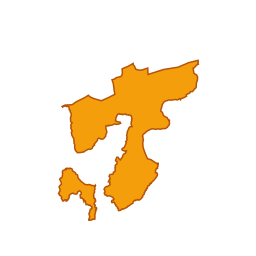 the district of Hahake, Vava'u, Tonga, rotated 47°
{"feature_id": "48082658B99932543232342", "entity_name": "Hahake", "entity_type": "district", "adm_level": 2, "iso_a3": "TON", "parent_name": "Tonga", "parent_adm1": "Vava'u", "projection": "robinson", "projection_center": [-173.925, -18.614], "detail": "fine", "context": "isolated", "style": "filled", "palette": "amber", "viewbox_px": 256, "rotation_deg": 47, "n_neighbors": 0, "source": "geoboundaries", "source_scale": "gbopen_adm2", "svg_char_len": 6033}
<svg xmlns="http://www.w3.org/2000/svg" viewBox="0 0 256 256"><g transform="rotate(47 128 128)"><path d="M68.2,161.6L68.2,160.6L69.0,159.0L70.7,158.0L71.0,157.2L72.8,157.0L74.5,158.5L75.9,158.3L76.6,159.2L79.1,159.8L80.3,161.3L81.2,163.0L84.0,165.4L85.2,165.6L86.1,165.3L86.4,167.0L87.2,168.3L88.2,168.6L89.0,169.8L92.3,171.1L92.6,172.5L95.1,174.0L99.2,175.1L100.2,176.1L101.0,176.5L102.0,177.7L103.6,178.2L106.7,180.9L108.8,181.8L111.6,181.8L113.4,179.7L115.5,176.4L115.5,175.1L116.5,171.2L117.9,170.1L118.4,168.6L118.3,167.5L117.6,166.7L117.6,164.0L116.8,163.9L116.3,159.2L115.4,157.7L115.5,156.2L118.0,155.2L119.2,153.3L118.8,149.9L117.6,148.6L116.9,146.7L115.9,145.8L113.7,144.7L112.0,143.4L111.4,142.4L112.9,141.3L112.7,140.4L113.6,139.9L115.2,137.2L115.7,135.1L117.6,133.9L118.8,132.1L119.5,130.1L118.2,129.8L116.5,131.3L114.2,132.2L113.7,131.3L113.0,130.9L111.8,128.7L110.9,126.0L111.5,125.2L111.8,124.4L112.4,124.5L113.3,123.7L113.8,122.8L114.4,123.0L116.2,120.1L116.9,120.3L117.4,120.1L118.4,118.9L119.0,118.8L119.5,118.0L120.9,117.4L121.4,117.7L121.9,117.5L124.3,119.1L124.5,119.9L125.2,120.3L125.7,121.3L127.2,123.1L129.7,124.1L128.5,125.7L128.6,127.4L129.2,128.4L130.4,131.4L131.2,131.9L132.3,133.9L134.1,134.9L134.8,136.1L135.9,136.7L136.2,137.5L136.4,139.0L137.3,139.0L138.3,140.8L139.7,143.8L139.2,145.4L139.3,146.9L140.4,147.3L142.7,146.1L143.6,144.8L144.6,146.9L144.2,148.8L144.4,150.3L145.4,151.8L146.1,155.6L144.3,155.6L142.9,155.2L142.2,155.5L141.8,156.1L143.1,159.2L144.0,159.4L144.6,158.9L145.2,158.9L146.8,160.8L146.5,162.0L146.8,163.1L147.9,163.7L148.0,164.4L150.9,166.8L150.4,168.9L150.7,169.0L151.5,170.2L151.3,170.8L149.8,172.8L149.9,173.8L150.5,174.9L151.7,175.0L152.8,175.6L153.0,176.7L153.5,176.7L153.7,178.7L153.9,179.1L155.5,178.2L156.0,179.2L157.3,179.9L156.8,183.0L156.1,183.6L155.8,185.1L156.2,186.7L156.7,187.5L157.4,187.4L159.1,188.4L159.4,189.8L161.4,190.4L161.9,189.7L162.8,189.9L163.8,189.5L164.0,188.8L165.2,187.7L166.3,187.1L168.4,186.5L170.5,186.8L170.7,188.0L170.1,188.6L170.0,189.3L170.8,190.4L171.3,190.7L172.2,190.0L172.4,189.0L173.1,188.7L174.6,189.4L175.4,189.1L176.4,189.9L178.9,189.7L179.2,190.2L180.7,190.2L181.3,191.1L182.2,191.1L182.9,190.0L183.2,189.0L183.1,187.3L184.0,187.0L185.3,183.0L185.3,182.3L185.0,182.0L185.1,181.3L185.5,181.0L185.9,177.3L186.4,175.9L185.6,174.8L185.4,173.9L185.5,172.4L186.0,172.2L185.8,171.8L186.1,171.3L186.7,170.8L186.9,170.2L186.8,169.8L187.3,169.5L187.7,169.6L188.3,169.0L188.7,167.6L188.4,164.5L188.0,163.8L187.6,163.8L187.3,162.0L187.4,161.0L186.4,160.2L186.3,158.9L185.6,158.4L185.9,157.1L185.1,156.4L185.0,155.2L185.3,155.2L185.2,154.7L184.6,154.2L184.0,152.9L184.1,152.1L184.6,151.6L183.6,149.6L184.2,149.6L184.3,148.8L183.8,147.0L183.9,145.1L183.4,141.5L182.7,139.0L182.3,138.3L181.3,137.7L180.3,137.5L179.5,138.4L178.6,137.7L177.3,135.8L177.0,134.5L177.6,134.0L176.8,133.2L176.5,132.3L175.8,131.6L175.0,131.4L175.2,130.6L174.4,130.0L172.6,131.5L166.8,132.8L163.8,134.7L159.8,133.3L154.4,131.1L151.8,129.7L148.3,126.7L147.7,125.4L144.4,123.0L143.8,123.1L143.1,121.3L143.3,118.5L143.2,116.6L144.3,112.5L145.3,110.6L148.1,108.4L149.1,106.6L150.5,105.6L151.3,104.7L152.1,102.9L153.2,102.0L154.0,100.8L154.3,98.6L154.0,97.6L154.0,96.5L153.6,95.4L152.4,94.0L151.6,93.7L150.9,92.6L150.2,92.4L149.9,93.0L147.0,92.3L145.9,92.9L143.3,93.5L141.9,93.1L140.5,92.4L139.5,92.2L138.3,92.6L137.4,91.9L136.3,90.3L135.7,88.9L134.4,87.3L133.5,84.0L133.8,82.2L134.9,80.3L135.3,79.0L136.0,78.3L137.0,77.6L139.4,74.0L141.3,72.6L141.6,70.3L143.2,70.3L142.7,69.2L143.7,67.2L144.7,63.6L143.4,62.7L144.5,58.9L144.0,57.5L145.2,56.3L145.3,54.5L144.8,53.3L145.0,51.9L144.8,50.6L144.0,49.5L142.7,48.4L141.6,47.0L140.2,44.4L138.2,42.4L136.1,41.6L132.9,42.5L128.6,39.5L129.1,38.4L128.8,34.9L129.3,33.0L128.1,32.7L127.9,31.8L126.3,30.6L121.6,39.1L117.7,49.9L109.4,62.2L102.5,76.8L97.6,72.7L95.3,77.9L94.0,79.7L91.9,81.4L90.2,82.2L87.2,81.1L85.3,81.0L84.3,80.2L83.0,85.7L80.7,91.9L84.3,94.9L85.5,97.4L85.4,98.2L83.1,102.5L83.0,104.6L81.8,106.8L85.4,108.4L91.1,112.5L94.4,114.6L92.5,121.3L89.9,128.9L83.4,132.8L79.8,134.4L77.0,134.7L76.5,138.0L73.4,148.5L73.1,151.8L72.5,153.5L68.3,158.4L67.3,161.5L68.2,161.6ZM163.8,206.2L162.5,205.7L162.4,204.8L161.7,204.5L160.5,204.8L159.9,204.2L159.8,203.0L159.3,202.3L159.5,201.9L159.4,201.4L157.9,201.1L157.8,200.4L156.7,200.4L155.9,200.8L155.0,199.8L154.8,199.9L153.4,198.5L152.8,198.2L152.6,197.7L152.3,196.4L151.8,195.8L150.7,195.2L150.3,193.9L148.4,192.6L148.4,191.8L147.9,191.0L147.5,190.9L147.7,191.5L147.2,192.2L145.3,193.6L143.1,194.7L142.5,195.3L142.2,196.2L140.6,197.3L140.2,197.9L135.0,198.7L130.5,198.6L127.9,196.9L126.2,197.6L125.2,197.1L123.9,197.2L121.6,197.8L120.0,196.9L118.9,197.2L117.7,197.9L117.7,198.7L116.9,199.1L116.3,199.8L116.0,200.8L116.1,201.4L115.8,201.3L115.7,200.7L116.0,200.2L115.6,200.2L115.2,201.5L115.6,202.4L115.3,203.4L114.7,204.4L115.3,206.0L117.0,207.1L118.8,209.4L119.2,210.6L118.6,211.5L118.8,212.9L122.1,213.9L123.7,215.0L123.6,216.5L123.9,218.4L126.9,219.9L128.0,221.0L127.9,222.0L128.6,222.6L128.4,223.3L130.5,223.9L131.9,223.4L133.6,223.9L133.9,224.7L136.6,225.4L137.2,225.3L137.5,224.5L137.2,223.8L137.9,222.6L138.5,222.2L139.1,223.1L139.5,222.7L139.7,221.5L139.1,220.9L139.4,219.9L138.5,218.1L137.7,217.7L137.2,216.8L137.3,214.4L137.9,212.8L139.2,212.4L141.0,211.1L141.3,210.0L140.5,208.4L140.8,206.4L141.6,206.1L143.1,206.1L144.4,207.2L144.3,208.7L146.6,210.4L147.2,210.3L147.2,209.6L150.1,209.1L150.6,209.5L150.3,209.8L151.4,210.3L151.1,209.8L151.5,209.3L152.0,209.1L152.8,209.2L153.4,209.9L155.5,210.9L156.2,209.8L158.0,209.3L158.3,208.5L161.3,208.3L161.8,209.3L162.1,209.3L162.0,210.1L162.2,210.8L161.8,211.0L162.4,212.1L163.2,213.1L163.9,214.9L166.6,216.4L167.8,218.0L167.9,218.9L168.8,219.5L169.7,218.5L170.6,216.8L170.3,216.6L171.0,215.4L171.6,215.1L171.6,214.6L171.9,214.5L172.0,214.2L171.2,213.7L170.0,212.3L169.3,212.0L166.3,207.5L165.8,207.8L165.5,207.3L166.0,206.5L165.4,205.8L164.7,205.4L164.5,205.9L163.8,206.2Z" fill="#f59e0b" stroke="#b45309" stroke-width="1.5"/></g></svg>